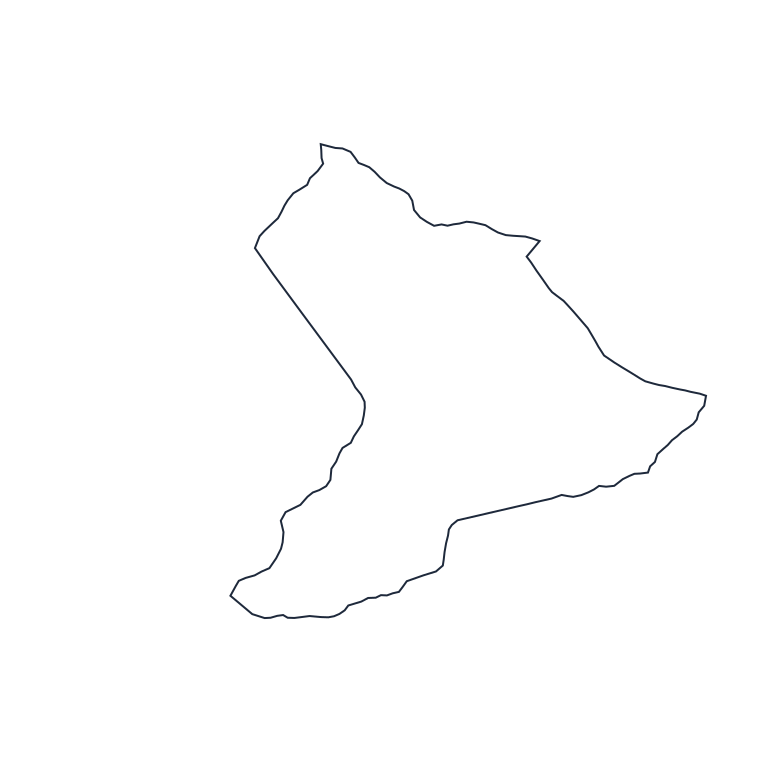 the district of Fátima, Tocantins, Brazil, rotated 53°
{"feature_id": "56859067B58627839244807", "entity_name": "Fátima", "entity_type": "district", "adm_level": 2, "iso_a3": "BRA", "parent_name": "Brazil", "parent_adm1": "Tocantins", "projection": "albers", "projection_center": [-48.87, -10.831], "detail": "fine", "context": "isolated", "style": "outline", "palette": "slate", "viewbox_px": 768, "rotation_deg": 53, "n_neighbors": 0, "source": "geoboundaries", "source_scale": "gbopen_adm2", "svg_char_len": 2373}
<svg xmlns="http://www.w3.org/2000/svg" viewBox="0 0 768 768"><g transform="rotate(53 384 384)"><path d="M576.3,319.2L579.5,308.9L584.0,304.8L588.0,300.8L591.5,293.3L593.5,286.0L594.6,279.7L594.8,273.6L599.7,268.4L603.9,261.4L603.7,250.5L605.1,243.3L606.4,238.1L609.6,233.4L613.6,226.5L609.9,221.0L609.3,214.5L604.6,207.9L603.9,200.1L603.5,194.1L602.2,187.7L602.2,181.4L601.5,174.6L602.0,167.2L602.0,161.1L600.6,155.6L596.0,149.7L594.1,141.4L587.2,133.9L581.8,137.6L574.7,143.9L570.3,147.4L566.5,150.9L560.5,156.1L554.8,160.7L550.3,165.0L545.8,168.6L539.1,173.7L533.7,176.1L523.8,179.9L514.1,183.8L505.5,187.1L493.7,191.1L483.2,190.3L476.9,189.4L470.1,188.6L462.1,187.7L454.4,188.2L440.5,189.1L431.7,189.9L425.8,190.5L417.5,192.9L411.8,194.5L406.6,194.7L395.9,194.3L385.1,194.0L375.6,193.4L368.1,193.4L363.5,173.7L356.9,178.1L351.3,182.4L347.5,186.8L343.3,191.7L338.4,197.1L331.6,201.8L325.1,204.7L318.2,207.4L313.4,211.4L308.9,215.2L304.1,220.4L301.2,227.3L298.3,232.4L295.8,238.0L291.2,242.0L287.8,248.8L280.3,252.2L272.7,254.9L263.1,255.3L254.6,251.1L247.2,250.2L242.1,251.8L237.0,254.2L232.4,257.1L225.1,260.9L216.6,262.9L208.8,263.8L202.0,265.3L197.0,268.2L192.1,271.3L185.6,271.0L178.5,271.0L170.9,275.4L166.2,280.8L161.1,284.9L154.4,290.2L159.4,293.3L166.0,297.9L171.4,300.0L174.0,308.9L175.1,319.3L178.7,325.5L177.9,334.7L177.1,341.6L179.3,350.3L181.6,356.1L184.7,362.1L187.8,368.9L188.4,374.9L189.8,387.4L191.1,394.4L197.8,405.3L229.2,406.4L278.2,406.9L360.6,407.6L369.4,409.0L378.6,408.7L386.5,410.2L391.4,413.6L397.0,419.1L402.8,425.8L405.3,432.6L407.7,439.6L411.0,445.9L410.1,455.6L412.6,461.3L417.2,468.9L420.0,477.0L428.3,484.5L430.8,491.7L429.8,499.5L427.8,506.1L428.0,512.9L430.2,523.5L427.1,539.7L431.1,548.7L441.8,553.4L449.4,560.2L453.6,565.4L458.3,575.0L462.1,586.3L460.1,594.7L459.0,602.5L455.6,611.2L453.8,618.4L456.1,623.9L460.7,634.1L488.5,627.7L499.1,620.2L502.4,615.3L504.9,608.8L507.8,603.6L512.7,601.6L516.9,596.4L520.0,591.0L524.5,583.1L532.3,574.5L536.8,568.9L539.4,563.7L540.8,558.0L541.1,551.6L539.4,545.8L544.1,533.1L545.3,525.5L549.7,519.2L550.8,513.5L554.6,508.9L556.4,503.0L559.0,497.2L557.3,491.2L555.2,484.5L560.6,467.5L565.0,455.3L564.4,446.3L560.2,442.0L554.7,436.8L548.5,430.2L543.6,424.1L539.2,419.7L537.4,414.7L537.1,407.3L562.7,349.7L566.1,342.2L569.7,333.8L576.3,319.2Z" fill="none" stroke="#1e293b" stroke-width="2"/></g></svg>